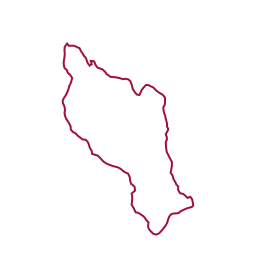 outline of Suzano, São Paulo, Brazil, rotated 145°
{"feature_id": "56859067B65959534895327", "entity_name": "Suzano", "entity_type": "district", "adm_level": 2, "iso_a3": "BRA", "parent_name": "Brazil", "parent_adm1": "São Paulo", "projection": "albers", "projection_center": [-46.312, -23.613], "detail": "fine", "context": "isolated", "style": "outline", "palette": "rose", "viewbox_px": 256, "rotation_deg": 145, "n_neighbors": 0, "source": "geoboundaries", "source_scale": "gbopen_adm2", "svg_char_len": 2208}
<svg xmlns="http://www.w3.org/2000/svg" viewBox="0 0 256 256"><g transform="rotate(145 128 128)"><path d="M80.3,131.6L80.5,135.3L81.6,137.7L82.6,139.9L83.4,142.8L84.1,146.9L85.6,149.4L86.9,151.7L88.8,152.9L92.7,152.0L94.9,151.3L97.1,150.0L99.7,148.5L101.5,150.2L101.9,153.1L101.7,157.3L100.3,160.9L99.2,165.2L100.0,167.9L101.9,169.8L104.2,171.0L106.5,174.0L108.3,175.9L110.2,177.6L112.9,179.8L114.6,184.5L114.5,187.2L115.3,190.7L116.8,192.8L118.4,195.2L118.4,198.5L117.5,202.0L120.0,204.3L121.1,201.1L123.7,201.1L123.8,204.2L123.1,206.8L122.3,209.8L122.7,212.4L122.5,215.0L122.4,218.2L121.9,221.3L123.3,223.3L124.7,226.0L127.0,227.8L129.3,229.3L129.5,232.1L133.4,230.7L135.5,228.0L137.2,225.1L139.0,223.0L140.8,221.0L142.9,218.9L144.4,216.5L145.6,213.5L144.9,210.6L145.6,207.6L144.9,204.9L145.0,201.0L148.0,198.5L150.2,197.0L152.4,195.9L154.4,194.0L158.1,191.6L160.9,190.2L163.6,189.2L165.8,187.9L167.0,185.8L167.8,181.8L169.4,178.7L171.1,177.1L172.6,174.2L173.4,171.1L173.4,167.9L173.6,165.2L174.1,162.2L175.7,159.6L175.5,156.6L173.9,153.5L173.6,150.5L172.6,147.3L171.7,144.6L169.4,142.6L169.0,139.5L169.5,136.9L170.6,134.0L170.9,130.0L172.3,127.4L170.5,125.2L168.5,122.5L167.9,118.7L167.4,114.7L165.9,110.9L164.7,109.0L162.3,105.6L160.5,103.5L158.8,101.5L157.6,99.1L156.2,94.2L154.1,90.5L154.8,86.7L156.2,84.1L157.5,80.7L156.8,78.4L156.3,76.1L158.1,72.7L162.6,72.2L164.4,68.5L167.3,65.0L169.0,63.2L169.3,59.2L170.1,54.5L168.4,52.8L167.2,50.2L165.8,46.2L165.8,42.7L165.4,38.9L168.0,35.9L168.9,33.3L168.6,30.3L167.9,26.6L165.8,24.4L162.9,23.9L160.4,24.4L157.3,25.2L154.6,26.0L150.5,27.7L147.9,29.8L145.2,31.7L142.5,32.6L139.8,31.9L137.4,30.3L135.1,29.3L132.5,29.6L129.8,29.1L126.6,28.6L123.7,27.7L121.2,26.7L119.1,27.0L117.5,30.1L116.4,32.7L116.4,35.9L119.3,36.5L119.9,39.7L120.6,42.3L122.8,44.8L122.4,48.8L120.4,51.2L120.8,53.8L120.2,57.3L120.0,60.2L118.8,63.3L118.7,67.0L116.7,68.9L113.8,71.8L111.5,75.0L111.1,78.5L110.5,82.8L110.0,86.2L108.2,89.9L106.5,92.7L104.9,95.0L102.8,96.2L101.4,98.4L100.7,101.2L98.2,102.4L95.6,104.0L95.2,106.9L93.8,108.7L92.7,111.2L91.7,114.2L90.4,117.0L89.9,119.3L88.9,121.9L87.2,124.7L84.5,126.0L82.6,128.3L80.3,131.6Z" fill="none" stroke="#9f1239" stroke-width="2"/></g></svg>